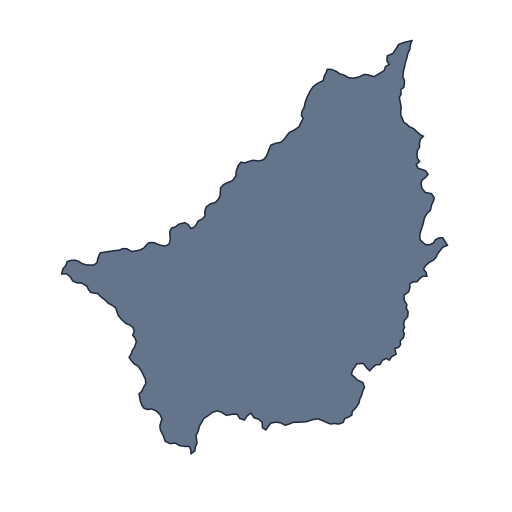 outline of Córrego Danta, Minas Gerais, Brazil, rotated 259°
{"feature_id": "56859067B84348488266882", "entity_name": "Córrego Danta", "entity_type": "district", "adm_level": 2, "iso_a3": "BRA", "parent_name": "Brazil", "parent_adm1": "Minas Gerais", "projection": "robinson", "projection_center": [-45.977, -19.762], "detail": "fine", "context": "isolated", "style": "filled", "palette": "slate", "viewbox_px": 512, "rotation_deg": 259, "n_neighbors": 0, "source": "geoboundaries", "source_scale": "gbopen_adm2", "svg_char_len": 4168}
<svg xmlns="http://www.w3.org/2000/svg" viewBox="0 0 512 512"><g transform="rotate(259 256 256)"><path d="M437.7,450.2L437.5,442.9L436.5,436.3L432.6,432.9L428.8,429.1L427.4,423.0L422.4,421.7L418.7,423.4L417.3,419.4L413.5,417.1L411.5,411.5L409.5,406.2L412.2,401.2L413.6,397.0L412.2,391.5L411.9,385.7L413.3,381.1L416.8,376.9L418.9,372.8L421.8,370.3L424.8,365.5L425.7,361.6L422.8,360.0L419.7,357.4L415.3,355.4L413.8,349.7L411.4,344.4L407.3,340.4L402.4,336.6L397.5,333.6L393.0,331.8L389.1,328.7L385.3,327.3L382.0,328.6L378.7,325.7L374.7,323.0L372.4,317.7L371.0,312.4L368.0,308.8L365.3,306.1L362.9,302.2L362.9,296.5L362.0,291.8L358.1,289.0L354.4,287.0L351.3,284.5L349.1,281.6L348.7,277.1L350.6,271.0L350.1,266.3L349.5,262.8L351.0,259.0L347.9,255.5L342.8,252.7L338.4,251.4L334.5,247.4L333.6,242.8L332.4,238.0L329.8,234.3L325.4,233.1L322.1,232.3L319.1,230.0L316.4,226.4L315.9,221.1L313.7,216.5L309.9,214.3L305.0,213.5L302.3,209.8L301.6,206.1L298.7,203.7L296.0,201.0L295.7,197.2L299.9,195.3L302.3,192.5L302.0,186.4L300.0,182.5L299.5,178.2L296.3,176.0L292.3,175.4L288.2,174.9L284.2,172.9L283.0,168.5L285.4,163.1L288.7,158.4L289.5,153.5L287.8,150.5L285.2,147.4L284.0,143.2L283.9,139.5L284.2,134.6L287.8,130.6L288.7,126.4L287.8,122.9L288.2,119.2L288.4,114.4L288.7,107.5L288.8,103.6L284.0,100.4L279.7,98.5L278.1,95.0L279.5,88.1L281.9,83.6L284.4,81.2L286.4,77.7L287.0,73.7L286.6,69.5L283.0,67.6L280.3,64.0L275.4,61.8L274.7,66.6L270.9,69.7L266.5,71.3L263.8,75.1L262.6,79.9L258.7,84.2L254.9,85.2L251.9,86.6L250.5,89.9L249.3,93.6L245.6,95.8L242.2,99.0L237.7,102.1L234.1,106.4L231.4,108.5L228.0,108.8L223.8,109.4L219.0,112.1L214.6,115.4L212.3,118.8L209.6,121.5L205.2,122.1L201.8,119.8L198.4,121.7L194.5,122.1L189.5,119.2L187.0,116.6L184.0,115.0L180.7,112.1L177.3,113.5L173.5,115.6L170.3,119.3L165.0,121.5L159.9,122.9L156.3,123.9L151.7,123.4L148.3,120.3L145.1,118.2L143.2,114.9L139.3,114.8L135.1,114.8L131.1,115.6L127.9,117.0L126.0,120.1L125.8,124.2L123.1,128.3L118.7,131.5L114.1,132.5L110.7,130.7L107.6,129.2L103.5,128.9L100.3,129.8L96.5,130.9L91.5,131.5L88.2,135.8L87.7,141.1L84.5,144.7L82.6,149.9L81.9,154.0L78.1,155.0L74.3,154.5L76.3,158.8L79.8,159.9L83.4,162.3L87.5,162.7L90.9,162.7L94.0,165.1L96.8,166.6L100.0,168.2L102.9,170.8L106.4,173.7L108.1,177.9L110.7,183.1L111.4,188.2L109.3,192.3L105.3,196.4L105.1,202.7L104.3,207.4L99.6,209.0L97.2,213.3L100.8,216.9L102.7,221.1L97.6,223.1L95.4,227.3L92.1,230.2L86.0,229.6L83.4,232.5L86.6,235.7L89.1,238.8L89.1,243.7L87.4,248.7L84.3,252.2L84.6,255.9L85.6,260.8L84.6,266.7L83.7,273.5L84.5,281.0L84.3,285.9L81.5,290.2L78.8,294.0L76.8,297.3L76.6,301.0L75.2,305.2L76.0,309.9L79.4,312.0L80.2,315.9L81.5,319.7L84.9,320.8L87.9,325.0L91.8,328.9L95.9,330.7L99.6,333.4L103.2,335.1L106.5,337.5L111.5,336.7L115.1,331.6L118.2,329.7L121.6,327.1L125.3,328.9L128.4,332.0L131.0,334.4L130.0,340.9L124.9,343.4L121.6,345.7L123.9,348.7L126.4,352.8L125.7,356.9L129.4,360.0L130.6,364.6L128.3,366.9L131.3,370.1L132.8,374.8L138.7,374.6L139.0,378.5L141.5,381.1L144.9,381.3L148.0,385.3L151.5,386.7L155.0,386.1L157.7,388.3L161.1,387.9L165.0,389.9L167.6,393.4L172.2,394.7L176.2,393.6L179.5,394.8L184.1,393.1L189.2,393.8L191.7,399.0L195.9,401.2L199.2,401.5L200.6,404.8L200.0,409.3L202.7,412.6L204.4,416.0L203.5,419.9L207.4,419.9L211.2,418.0L213.9,420.3L216.6,424.6L218.3,429.9L220.7,432.8L223.5,434.6L226.6,438.3L228.9,440.9L230.0,446.0L234.0,444.4L238.3,442.8L238.9,439.1L237.6,435.0L235.0,432.7L233.9,428.3L234.9,424.6L237.5,422.3L240.8,420.1L246.1,421.0L252.1,424.2L256.0,426.4L260.9,428.4L265.0,431.8L267.7,436.0L272.8,438.2L276.0,440.7L278.9,442.1L283.7,440.2L286.2,434.2L291.0,431.7L296.0,431.9L299.0,433.8L300.7,437.3L303.3,440.5L307.4,438.7L309.2,435.4L311.5,431.7L315.2,430.7L317.6,434.7L321.2,433.0L324.9,433.4L328.7,434.6L331.7,437.4L335.2,437.9L339.2,439.7L341.7,443.2L343.8,440.2L347.0,437.9L351.0,435.0L353.8,431.1L356.5,429.3L359.1,426.6L362.9,425.9L367.1,425.0L370.9,425.9L374.1,426.9L379.9,427.0L384.3,426.9L387.0,429.3L391.8,429.9L393.4,433.3L397.1,434.6L400.1,435.2L403.7,434.3L406.7,435.2L410.0,436.3L412.9,437.8L417.3,439.5L421.4,441.8L425.9,443.7L429.6,446.6L433.1,447.4L437.7,450.2Z" fill="#64748b" stroke="#1e293b" stroke-width="1.5"/></g></svg>